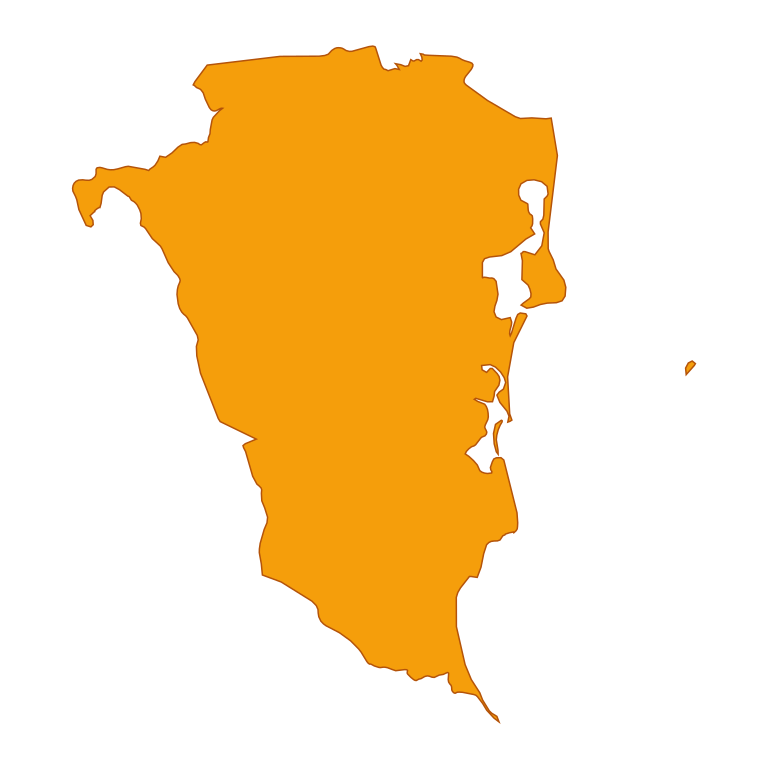 outline of Atlántico Sur
{"feature_id": "NIC-644", "entity_name": "Atlántico Sur", "entity_type": "Autonomous Region", "adm_level": 1, "iso_a3": "NIC", "parent_name": "Nicaragua", "parent_adm1": "", "projection": "orthographic", "projection_center": [-84.133, 12.113], "detail": "fine", "context": "isolated", "style": "filled", "palette": "amber", "viewbox_px": 768, "rotation_deg": 0, "n_neighbors": 0, "source": "natural_earth", "source_scale": "10m", "svg_char_len": 6036}
<svg xmlns="http://www.w3.org/2000/svg" viewBox="0 0 768 768"><path d="M551.2,118.1L557.4,155.6L548.1,231.9L548.2,248.7L549.1,251.5L553.2,259.8L556.0,269.0L563.9,280.1L565.8,287.3L565.1,296.1L562.1,300.8L556.4,302.7L547.3,303.1L540.4,304.5L533.4,307.1L526.8,308.2L521.1,305.1L523.3,303.1L529.1,298.9L530.8,297.0L531.0,293.6L529.9,289.1L528.1,285.1L521.9,279.6L522.4,260.7L521.0,253.4L522.4,252.8L523.2,251.6L524.9,251.6L534.9,254.8L541.8,245.8L544.2,232.8L540.4,224.0L540.4,221.8L542.9,219.1L543.8,215.2L544.2,199.0L547.2,196.0L548.1,194.0L547.1,186.3L541.6,181.7L534.1,179.8L526.9,180.4L521.0,183.8L518.6,189.2L518.7,195.1L520.9,200.2L527.1,203.5L527.8,204.1L528.2,210.0L528.7,212.0L529.9,214.0L531.2,214.8L532.3,215.9L532.7,218.9L532.6,223.8L532.0,225.8L530.6,227.9L531.7,229.3L534.7,233.9L525.8,239.1L510.8,251.7L501.8,255.6L489.6,257.0L484.5,258.7L482.4,262.5L482.4,277.5L482.7,277.8L483.9,277.2L486.2,277.4L489.6,278.1L491.9,278.0L493.8,278.6L496.1,281.3L498.0,294.2L496.9,300.4L494.9,306.2L494.0,311.7L496.1,317.0L501.4,319.6L510.2,317.6L511.7,322.1L511.4,325.0L509.9,330.6L509.6,333.9L510.2,335.8L511.5,333.1L516.0,318.3L517.7,314.5L520.2,313.0L525.8,313.8L527.0,316.0L513.8,342.6L507.6,376.9L509.7,413.9L511.9,420.1L510.0,421.3L507.8,422.1L509.0,416.2L507.0,411.2L499.9,402.4L496.9,395.1L499.3,392.0L503.4,389.1L505.7,382.5L504.2,377.6L500.5,371.9L495.5,367.1L490.2,364.6L481.6,365.5L482.1,369.8L486.6,372.4L490.2,368.5L492.3,368.5L497.1,373.5L499.1,376.5L499.9,380.3L498.9,385.2L494.6,391.5L494.1,396.1L492.5,401.7L487.5,401.8L475.8,398.3L474.3,399.3L477.7,401.4L484.7,404.2L486.3,406.5L487.5,409.6L488.1,413.1L488.3,416.9L487.8,419.6L485.3,424.9L484.7,427.0L485.2,428.6L486.1,430.3L486.8,432.1L486.4,434.0L485.0,435.8L481.9,437.1L480.8,438.0L475.6,444.8L474.0,445.9L471.6,446.7L468.8,448.8L466.4,451.4L465.2,453.9L468.9,456.4L473.5,460.6L477.3,465.0L479.8,470.6L481.8,472.1L484.6,473.1L487.5,473.5L491.6,473.0L491.9,471.7L490.8,469.8L490.4,467.5L492.3,461.9L493.8,459.0L496.3,457.8L501.0,457.7L503.8,460.0L517.0,512.8L517.7,522.9L517.5,526.7L517.2,528.9L516.1,530.7L513.8,532.8L513.3,532.0L509.3,532.8L505.4,534.1L505.0,534.8L502.8,535.8L500.0,540.0L497.4,540.9L494.0,541.0L491.2,541.4L488.9,542.5L486.6,544.7L483.7,553.7L481.0,567.2L477.2,577.4L471.2,576.5L469.4,576.5L460.4,588.0L457.8,592.5L456.3,597.4L456.4,626.7L465.1,664.6L471.3,679.6L479.8,692.8L482.6,700.0L489.3,710.9L491.7,713.2L496.9,716.4L499.0,721.9L494.0,718.1L486.7,710.2L482.6,703.4L477.4,696.6L475.8,695.2L473.7,694.5L462.5,692.3L459.3,692.1L457.3,692.2L455.3,693.2L454.5,693.1L453.5,692.6L452.3,691.1L451.8,690.0L451.6,687.0L451.1,685.4L449.7,683.8L448.6,682.0L448.2,679.5L448.6,674.1L448.6,673.2L448.1,672.7L447.3,672.5L443.3,674.4L439.2,675.1L434.3,677.4L432.0,677.2L429.3,676.2L427.5,675.9L425.4,676.3L424.4,676.7L421.1,678.6L418.7,679.2L416.3,680.5L415.1,680.4L413.6,679.6L410.8,677.3L407.7,674.1L407.3,673.5L407.2,672.7L407.5,670.3L406.6,669.7L404.7,669.6L395.7,670.7L392.2,669.5L387.5,667.7L384.9,667.2L383.1,667.2L380.2,667.6L378.8,667.4L374.2,665.9L371.3,664.3L370.3,664.0L369.5,664.1L368.3,663.3L366.9,661.6L361.1,652.1L358.6,648.9L350.6,640.8L339.4,632.7L326.1,625.8L323.5,623.9L320.9,621.2L318.8,616.8L318.2,613.1L318.0,609.5L316.3,605.6L312.0,601.2L281.2,582.0L262.4,575.0L261.3,563.8L259.3,552.6L259.4,548.9L260.2,543.3L264.2,529.4L267.0,522.8L267.6,517.2L264.8,508.2L261.8,500.8L261.4,493.3L261.7,489.8L261.1,488.0L259.3,486.1L256.9,484.1L252.7,476.3L245.6,451.6L243.6,447.7L243.0,445.6L245.3,443.7L256.3,439.1L220.2,421.6L218.3,418.6L200.5,373.2L196.8,355.9L196.4,346.4L198.2,339.9L197.3,335.5L187.3,317.7L185.7,315.8L183.6,314.1L181.7,312.0L179.7,308.5L178.2,303.8L177.0,294.5L177.4,289.5L178.2,286.0L179.8,282.1L180.2,280.4L179.6,278.4L177.8,275.4L174.1,271.7L168.2,262.7L162.1,248.9L160.4,246.1L152.3,238.6L145.6,228.6L144.1,227.1L140.9,225.5L140.4,223.2L141.3,218.7L140.9,213.4L139.7,209.8L137.3,205.1L135.6,203.1L133.9,201.6L131.4,200.2L129.2,196.6L127.8,196.1L119.5,189.7L114.3,186.9L109.1,187.0L103.6,191.9L102.2,195.3L101.1,203.4L99.9,207.6L99.1,207.5L96.7,209.0L94.7,210.7L94.8,211.6L93.9,212.1L90.1,215.7L92.9,220.4L93.2,224.7L90.9,226.9L86.2,225.4L78.9,209.6L76.8,199.8L75.6,196.6L72.9,191.1L72.6,188.3L73.1,185.5L74.2,183.2L76.1,181.3L78.6,180.1L82.7,179.8L85.8,180.2L89.2,180.3L91.9,179.4L95.2,176.5L96.1,173.8L96.1,169.2L97.1,167.8L99.9,167.4L102.3,167.9L107.3,169.4L110.4,169.8L113.8,169.7L117.7,168.9L125.5,166.7L128.3,166.3L145.0,169.3L148.7,170.5L149.8,169.2L153.2,166.9L155.0,165.3L157.9,160.9L159.9,156.2L165.6,157.3L172.0,152.9L177.9,147.2L182.1,144.4L185.4,144.0L190.7,142.6L194.6,142.4L198.2,143.4L199.9,144.6L201.4,144.8L204.4,142.5L205.9,141.8L207.1,142.1L207.9,141.8L208.5,137.5L210.0,133.7L210.3,129.5L212.1,119.9L213.3,117.4L219.3,110.9L222.6,108.3L221.8,108.2L220.3,108.5L216.4,110.6L214.8,111.0L213.0,110.8L212.3,110.5L211.0,109.7L209.3,107.5L205.3,99.1L203.2,92.8L201.0,89.9L199.9,89.0L196.5,87.5L194.4,85.5L193.2,84.9L195.0,81.5L207.2,65.1L280.0,56.4L319.2,56.2L324.8,55.5L328.3,54.2L331.7,50.5L334.7,48.5L336.8,47.8L338.6,47.7L340.8,47.9L342.3,48.3L344.0,49.2L346.0,50.5L349.3,51.4L352.0,51.3L369.0,46.6L372.8,46.1L375.0,46.7L375.7,48.1L381.1,65.2L382.3,67.3L383.9,69.1L385.7,69.5L388.1,70.7L394.9,68.6L399.3,69.5L396.9,65.3L395.5,63.7L400.8,64.7L405.1,66.4L408.5,65.7L410.8,59.6L412.8,60.9L414.1,61.0L416.6,59.6L418.5,59.6L421.1,61.2L422.2,59.9L421.8,57.0L420.3,53.7L423.2,54.2L424.4,55.0L428.6,55.3L451.4,56.2L456.9,57.1L459.7,58.3L461.9,59.6L464.9,60.8L469.7,62.2L471.9,63.2L472.9,64.6L472.8,66.2L472.1,67.9L471.1,69.6L465.8,76.2L464.8,77.8L464.2,79.5L464.0,81.1L464.2,82.6L465.1,83.9L466.3,85.1L487.5,100.5L515.2,116.7L520.4,118.5L531.9,117.9L546.0,118.8L551.2,118.1ZM496.3,451.8L494.2,443.9L493.5,433.5L495.5,424.4L501.3,420.3L501.7,420.4L502.1,420.6L502.2,421.2L502.0,422.1L500.2,425.1L498.2,429.8L496.8,435.1L496.3,439.7L498.0,450.3L498.1,454.2L496.3,451.8ZM686.2,374.6L685.6,368.1L688.3,363.0L692.2,361.0L695.4,363.6L694.3,365.5L686.2,374.6Z" fill="#f59e0b" stroke="#b45309" stroke-width="1.5"/></svg>